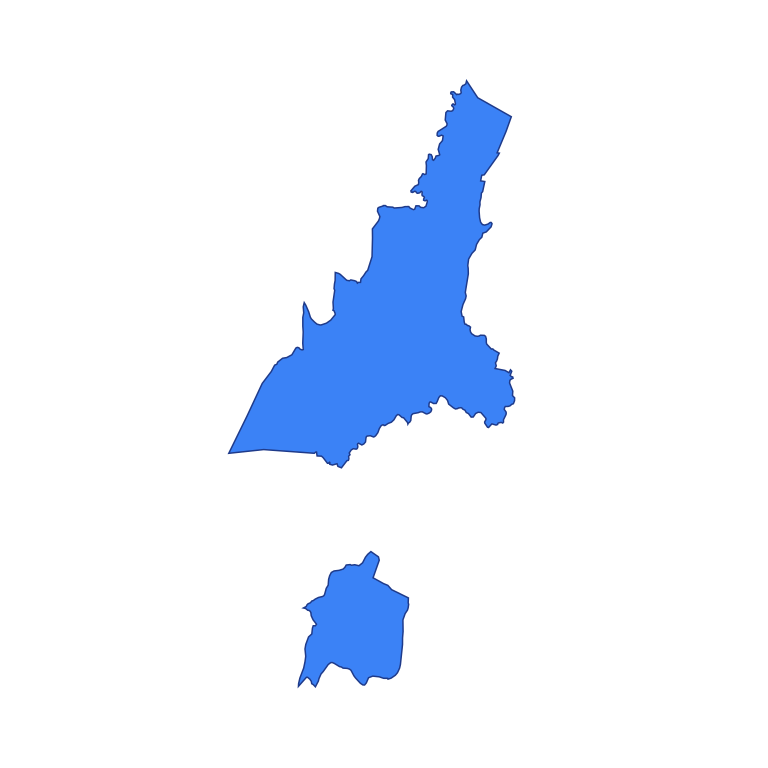 outline of Huehuetla, Puebla, Mexico, rotated 16°
{"feature_id": "50627088B77344252061017", "entity_name": "Huehuetla", "entity_type": "district", "adm_level": 2, "iso_a3": "MEX", "parent_name": "Mexico", "parent_adm1": "Puebla", "projection": "equal_earth", "projection_center": [-97.616, 20.098], "detail": "fine", "context": "isolated", "style": "filled", "palette": "blue", "viewbox_px": 768, "rotation_deg": 16, "n_neighbors": 0, "source": "geoboundaries", "source_scale": "gbopen_adm2", "svg_char_len": 6142}
<svg xmlns="http://www.w3.org/2000/svg" viewBox="0 0 768 768"><g transform="rotate(16 384 384)"><path d="M431.2,130.3L429.0,130.6L431.7,107.6L432.7,92.0L395.2,83.0L379.8,69.8L379.9,72.9L378.7,74.5L377.5,75.3L376.7,77.3L376.8,80.3L377.9,82.7L377.6,83.7L376.2,85.0L374.9,85.1L374.2,85.8L370.4,83.9L368.1,84.7L367.9,85.9L368.2,86.6L370.2,86.8L370.9,89.4L373.5,91.2L375.5,95.1L375.4,95.8L374.7,96.3L373.5,95.7L372.9,95.9L372.3,97.3L372.4,97.8L374.2,98.7L374.9,99.5L375.1,100.2L374.7,102.2L373.4,103.3L369.8,103.9L368.7,106.0L370.1,113.4L372.9,116.4L373.1,117.8L372.8,119.1L366.4,126.3L366.0,128.1L366.5,130.3L367.7,130.9L368.6,130.7L370.8,128.9L372.5,129.3L373.1,133.9L371.3,137.9L371.4,143.5L374.4,148.3L373.8,149.1L371.2,150.5L371.0,152.8L370.0,155.3L368.8,155.0L367.7,152.2L366.1,150.5L364.2,150.6L363.6,151.2L364.4,155.1L363.2,159.0L364.6,162.5L366.6,170.4L365.4,171.4L363.5,171.1L363.1,171.5L362.7,174.2L361.3,176.7L361.0,178.7L361.8,180.6L362.1,182.8L359.1,185.4L356.6,190.9L357.2,192.0L357.9,192.0L358.3,191.6L358.8,191.9L360.5,190.2L361.4,190.2L362.7,191.3L363.8,191.4L365.7,190.3L366.4,188.7L367.1,188.5L367.8,189.1L368.3,191.5L368.8,192.4L370.6,192.8L371.4,193.5L371.1,195.2L371.4,196.4L372.5,196.6L373.4,196.4L374.0,195.6L374.9,195.7L375.4,196.9L375.3,201.5L373.6,203.6L370.5,204.1L368.6,203.1L365.6,203.9L365.3,207.6L364.2,208.3L360.6,207.7L358.9,206.6L355.3,207.7L352.7,209.3L345.4,212.0L343.7,211.6L338.2,212.8L336.1,212.1L334.1,212.7L334.1,213.1L330.5,215.5L329.6,216.7L330.1,219.7L333.9,224.2L334.0,226.5L333.7,228.9L330.1,238.1L332.7,246.8L337.4,264.9L337.0,279.2L335.8,281.3L334.6,285.3L332.9,289.3L333.4,292.8L331.3,293.4L330.6,294.4L329.4,293.1L327.4,292.8L323.4,293.1L322.3,294.3L319.6,294.6L311.8,290.7L309.9,290.2L306.4,290.2L308.5,298.0L308.8,301.5L309.7,306.1L310.8,307.5L312.4,319.3L314.5,325.3L314.6,327.2L315.7,327.3L317.4,329.4L318.0,330.8L315.2,337.3L311.9,341.4L307.2,344.6L306.0,344.9L303.0,344.9L300.1,343.6L296.3,341.5L294.8,340.1L291.8,335.5L287.1,329.8L284.9,327.8L285.1,332.1L287.2,337.7L287.6,342.3L290.0,350.7L292.0,356.3L294.7,367.3L296.9,373.1L295.9,373.8L293.9,373.7L292.1,372.6L290.5,372.7L289.4,373.7L287.4,381.3L283.2,385.4L279.4,387.2L275.8,392.2L275.5,394.6L273.7,396.0L272.2,403.1L266.8,417.0L261.2,452.4L253.9,493.4L286.4,480.2L336.1,469.8L337.1,468.3L337.9,468.0L339.5,471.6L343.8,470.6L345.7,471.5L351.5,475.8L352.4,475.5L353.2,474.2L353.5,474.3L354.0,476.1L356.8,476.1L360.8,473.6L362.4,475.9L366.2,476.3L369.5,467.9L370.8,467.2L370.9,465.6L369.9,463.2L370.8,461.4L369.6,459.9L370.7,456.4L372.3,454.7L375.2,454.3L375.9,453.7L376.2,452.6L376.1,451.4L375.1,449.3L375.2,448.6L375.9,447.9L379.5,448.7L381.1,447.2L382.2,444.8L381.5,440.7L381.6,439.4L382.2,438.7L385.0,437.5L388.6,437.8L389.4,437.2L390.3,435.9L391.5,432.5L391.8,428.1L392.7,425.0L393.7,423.8L394.9,423.4L395.6,423.9L396.6,423.4L398.8,420.8L401.6,418.7L403.4,415.7L404.6,411.0L405.7,409.5L407.0,409.5L410.6,411.2L412.1,411.0L417.3,414.6L418.0,415.9L418.2,414.8L419.2,413.7L419.8,411.7L419.0,407.4L419.1,406.0L420.1,404.5L424.9,402.1L426.4,400.9L428.5,400.2L432.8,401.1L433.8,400.8L435.5,399.4L436.7,397.7L436.9,395.7L436.3,394.4L435.1,393.7L433.4,393.4L432.7,390.4L432.9,388.9L433.8,388.4L437.0,389.1L439.5,388.3L440.0,386.1L440.4,381.9L441.4,379.8L443.3,379.4L446.8,380.3L449.6,382.3L451.7,385.5L457.4,387.8L459.6,388.3L461.6,387.3L462.1,386.6L464.6,385.5L465.4,385.6L466.6,386.4L469.1,386.9L470.9,388.7L473.4,389.2L476.9,391.8L478.9,391.1L480.2,387.1L482.3,385.2L485.0,384.7L491.4,388.9L491.8,390.2L491.2,392.8L491.7,393.9L495.4,397.0L496.5,397.0L498.7,392.6L503.0,392.6L504.4,391.6L504.2,391.0L504.6,390.0L507.2,388.6L508.9,388.8L509.4,387.7L508.7,385.5L509.7,379.8L509.5,378.2L508.9,377.1L506.6,375.3L506.4,373.5L506.8,372.2L509.6,371.3L511.2,370.2L512.4,368.3L513.8,367.3L514.1,364.1L513.4,361.3L510.7,359.7L509.8,355.4L504.4,348.4L504.0,345.8L504.8,344.4L506.5,342.9L505.7,341.7L504.8,341.9L502.9,341.0L503.3,336.5L501.7,335.5L501.0,338.7L496.6,337.6L486.5,338.5L486.9,335.6L485.3,332.9L485.9,331.0L486.1,328.6L485.7,325.9L486.2,322.6L480.3,321.1L478.9,320.3L477.5,320.8L471.7,317.3L470.9,315.9L469.9,312.4L468.5,310.2L467.0,309.6L463.3,310.5L462.1,311.7L460.7,312.4L458.2,312.7L454.4,311.5L452.9,310.2L451.7,308.0L451.5,305.5L449.4,304.6L448.2,304.8L446.6,303.9L445.4,304.2L444.8,303.5L444.0,302.2L442.1,297.6L440.3,297.2L438.2,293.1L438.0,285.9L438.9,279.6L438.7,276.7L436.9,273.6L434.7,254.9L433.0,249.5L431.9,247.1L430.9,240.6L432.5,234.2L434.7,230.0L434.5,224.3L435.9,218.9L437.6,215.9L437.4,211.8L440.4,209.6L443.6,203.5L443.7,200.2L442.6,199.2L441.6,199.4L439.9,201.6L437.0,203.5L434.7,203.6L432.3,201.9L430.1,197.9L427.8,191.7L427.2,189.3L426.9,185.3L426.0,182.5L425.9,178.1L425.0,173.6L425.8,171.9L425.1,161.6L420.9,162.1L420.4,156.4L422.7,155.3L430.6,133.1L431.2,130.3ZM466.4,582.9L448.0,579.6L443.2,576.5L438.6,576.0L426.9,573.3L428.0,554.7L426.3,551.7L417.6,548.7L415.3,552.2L413.9,555.7L412.7,561.8L410.0,565.6L405.7,565.8L402.6,567.2L401.3,566.9L397.6,568.4L396.9,571.1L395.7,573.2L392.2,575.5L387.5,577.5L385.3,579.7L384.6,583.3L384.6,587.0L385.8,592.8L384.8,596.3L384.9,602.5L384.6,604.0L383.5,605.2L379.8,607.3L377.1,609.8L375.7,611.7L374.5,612.4L373.5,614.6L371.5,616.3L370.8,617.7L370.6,619.3L368.3,621.5L370.5,621.4L373.1,622.5L374.4,622.3L375.6,622.8L376.7,623.9L377.9,626.8L380.8,630.2L385.3,633.5L384.7,635.3L382.6,635.9L382.5,638.4L383.5,644.2L381.2,647.9L380.6,655.9L381.1,660.5L383.8,667.3L384.6,672.5L385.1,679.2L384.2,689.9L384.5,695.6L385.1,698.2L390.3,687.3L391.4,687.0L394.1,688.2L396.1,689.9L397.1,692.0L399.0,692.5L401.5,694.0L402.8,687.7L402.7,685.1L403.4,680.1L404.8,677.2L407.7,669.0L409.7,666.4L411.2,666.0L413.3,666.3L419.1,667.9L421.2,667.8L422.9,668.4L427.1,667.5L429.5,667.6L431.2,668.3L435.5,672.8L437.6,674.4L443.8,678.2L446.6,679.1L448.3,678.7L449.4,676.2L450.1,670.6L453.7,667.9L460.1,666.8L464.7,667.0L468.7,665.9L469.2,666.6L471.9,664.8L475.2,660.8L476.5,657.9L476.9,655.6L477.3,652.8L477.1,649.1L473.6,629.3L471.8,622.9L470.6,616.8L467.2,605.5L467.6,598.9L468.9,594.8L468.9,592.5L468.4,588.9L467.6,587.8L466.4,582.9Z" fill="#3b82f6" stroke="#1e3a8a" stroke-width="1.5"/></g></svg>